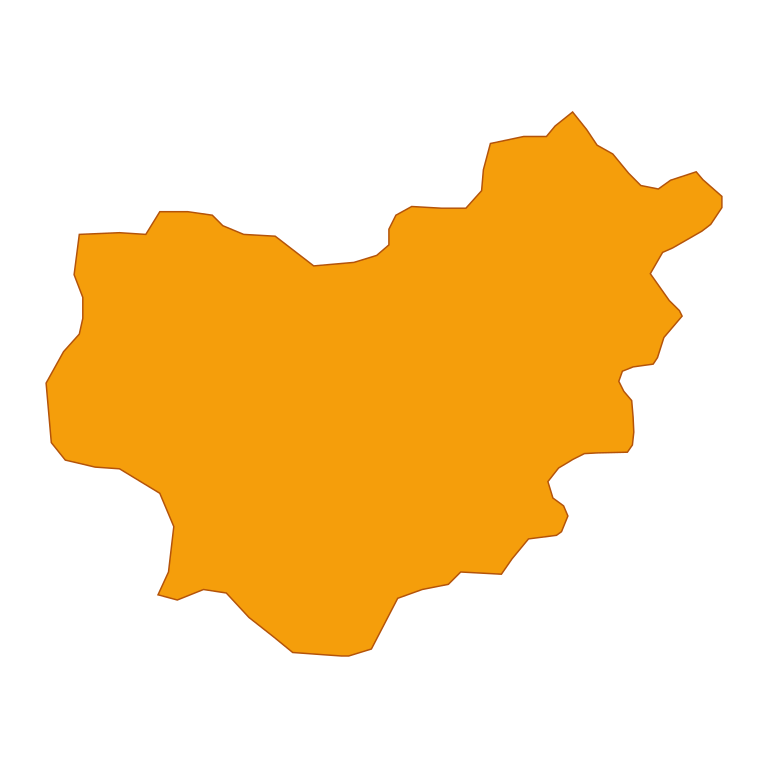 the district of Miryang-si, South Gyeongsang, South Korea
{"feature_id": "91817680B88513858108060", "entity_name": "Miryang-si", "entity_type": "district", "adm_level": 2, "iso_a3": "KOR", "parent_name": "South Korea", "parent_adm1": "South Gyeongsang", "projection": "mercator", "projection_center": [128.832, 35.493], "detail": "fine", "context": "isolated", "style": "filled", "palette": "amber", "viewbox_px": 768, "rotation_deg": 0, "n_neighbors": 0, "source": "geoboundaries", "source_scale": "gbopen_adm2", "svg_char_len": 1310}
<svg xmlns="http://www.w3.org/2000/svg" viewBox="0 0 768 768"><path d="M696.2,171.8L670.6,180.2L658.3,189.0L640.8,185.5L628.6,173.2L612.8,154.0L597.1,145.2L586.6,129.5L572.6,112.0L555.1,126.0L546.4,136.5L523.6,136.5L490.4,143.5L483.4,169.7L481.6,190.7L465.9,208.2L441.4,208.2L411.7,206.5L395.9,215.2L388.9,229.2L388.9,244.9L376.7,255.4L353.9,262.4L313.7,265.9L275.2,236.2L243.7,234.4L222.8,225.7L212.3,215.2L187.8,211.7L159.8,211.7L145.8,234.4L119.5,232.7L79.3,234.4L74.1,274.7L82.8,297.4L82.8,318.4L79.3,334.1L63.6,351.6L46.1,383.1L51.3,442.6L65.3,460.1L95.1,467.1L119.5,468.8L159.8,493.3L173.8,526.6L168.5,572.0L158.3,594.2L158.0,594.8L177.3,600.0L203.5,589.5L226.3,593.0L249.0,617.5L273.5,636.8L292.7,652.5L324.4,654.8L341.7,656.0L348.7,656.0L371.4,649.0L397.7,598.3L422.2,589.5L448.4,584.3L460.7,572.0L501.4,574.2L512.0,558.9L528.5,538.9L556.5,535.3L561.5,531.7L567.9,516.0L563.6,505.9L552.9,498.0L547.9,481.6L558.6,468.0L572.9,459.4L584.4,453.6L597.3,452.9L627.4,452.2L632.4,445.0L633.8,432.1L633.1,417.1L631.7,400.6L623.8,391.3L618.8,381.3L622.4,371.2L633.1,366.9L653.2,364.1L657.5,357.6L663.9,337.5L682.1,316.1L679.4,310.6L669.3,300.6L650.3,273.7L662.6,252.4L672.7,247.9L701.8,231.2L710.7,224.4L721.9,207.6L721.9,196.4L702.9,179.7L696.2,171.8Z" fill="#f59e0b" stroke="#b45309" stroke-width="1.5"/></svg>